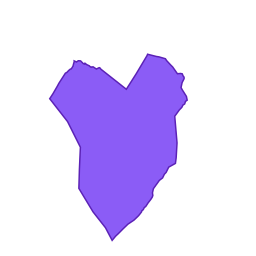 outline of Tema Metropolitan, Greater Accra, Ghana, rotated 327°
{"feature_id": "2480657B34044169329977", "entity_name": "Tema Metropolitan", "entity_type": "district", "adm_level": 2, "iso_a3": "GHA", "parent_name": "Ghana", "parent_adm1": "Greater Accra", "projection": "natural_earth1", "projection_center": [-0.004, 5.649], "detail": "fine", "context": "isolated", "style": "filled", "palette": "violet", "viewbox_px": 256, "rotation_deg": 327, "n_neighbors": 0, "source": "geoboundaries", "source_scale": "gbopen_adm2", "svg_char_len": 1289}
<svg xmlns="http://www.w3.org/2000/svg" viewBox="0 0 256 256"><g transform="rotate(327 128 128)"><path d="M53.5,213.6L58.6,212.0L62.9,211.2L68.9,209.9L75.6,208.6L82.9,208.5L89.1,207.3L91.5,206.5L93.2,205.9L93.5,205.8L94.7,204.9L96.3,204.8L98.3,203.6L100.1,203.5L104.2,201.7L108.5,200.2L110.7,199.2L112.1,198.1L113.2,195.7L116.3,192.7L125.8,189.0L129.8,188.7L133.3,186.6L135.8,186.0L140.8,183.0L148.5,183.5L152.1,179.3L161.0,167.2L173.6,143.6L180.9,140.8L184.4,140.0L186.5,138.7L188.6,138.7L190.7,137.0L192.8,136.9L194.2,133.3L194.3,125.8L194.5,123.0L198.1,119.4L201.2,117.6L201.9,117.2L202.7,115.9L202.6,114.2L203.0,112.1L201.8,110.9L199.0,109.4L198.7,101.1L198.1,98.3L197.1,92.5L197.1,90.3L196.0,89.0L192.7,85.2L190.8,83.5L184.6,76.8L183.5,77.6L164.4,87.0L147.7,94.6L137.3,63.9L137.2,62.4L136.7,61.7L133.6,61.3L132.5,58.8L132.2,57.9L131.6,57.7L131.2,57.1L130.2,57.0L129.5,55.5L129.5,54.9L129.2,54.5L128.4,53.1L128.0,52.6L127.2,50.3L126.5,50.8L125.6,49.7L124.8,45.9L123.5,44.9L122.9,44.5L120.8,44.6L119.4,42.4L119.0,43.1L117.8,44.1L116.8,45.0L115.5,46.2L112.7,47.5L111.8,47.2L109.9,47.4L106.8,48.1L105.4,47.9L94.3,52.9L91.8,54.3L83.7,58.4L78.3,60.8L80.8,89.7L77.6,118.2L64.8,136.1L53.9,151.9L53.0,179.3L54.8,199.4L53.5,213.6Z" fill="#8b5cf6" stroke="#5b21b6" stroke-width="1.5"/></g></svg>